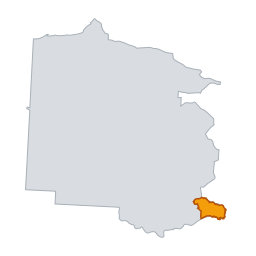 location of Al Radoum, Southern Darfur, Sudan, rotated 273°
{"feature_id": "16777658B70477888733853", "entity_name": "Al Radoum", "entity_type": "district", "adm_level": 2, "iso_a3": "SDN", "parent_name": "Sudan", "parent_adm1": "Southern Darfur", "projection": "natural_earth1", "projection_center": [24.105, 9.73], "detail": "fine", "context": "in_parent", "style": "filled", "palette": "amber", "viewbox_px": 256, "rotation_deg": 273, "n_neighbors": 0, "source": "geoboundaries", "source_scale": "gbopen_adm2", "svg_char_len": 7054}
<svg xmlns="http://www.w3.org/2000/svg" viewBox="0 0 256 256"><g transform="rotate(273 128 128)"><path d="M178.9,217.9L176.5,217.8L176.2,217.2L176.3,215.4L176.5,214.0L177.4,211.8L177.1,210.6L177.3,208.9L176.6,207.0L170.8,201.5L169.6,199.9L166.5,198.5L167.0,197.0L165.7,185.6L166.3,184.3L166.5,182.3L166.4,180.5L167.1,177.6L167.2,176.4L161.1,176.3L161.0,177.6L161.3,179.0L161.3,179.5L152.7,179.6L156.2,184.0L156.3,186.0L156.2,188.4L156.2,190.0L156.4,191.0L157.4,193.0L157.3,193.4L157.1,193.8L151.1,199.8L150.1,202.5L149.3,204.0L147.5,206.4L142.0,212.8L141.1,213.2L136.8,213.4L136.4,213.6L136.1,213.9L135.9,213.8L132.3,210.1L126.2,205.6L122.1,207.9L121.0,208.8L121.0,210.9L120.4,212.0L119.3,213.2L116.4,214.0L114.8,214.6L113.0,215.9L111.2,217.9L111.0,218.9L111.2,219.9L100.9,219.9L100.3,219.1L98.8,215.7L97.7,216.0L88.3,215.6L87.0,215.9L84.3,217.3L83.0,217.5L81.6,216.9L76.6,210.3L75.6,209.5L74.4,207.9L73.4,207.2L73.0,206.7L72.9,206.0L72.9,204.5L72.6,203.6L71.8,203.4L65.2,205.0L64.2,204.8L62.8,205.1L62.4,205.3L61.8,206.2L61.7,208.0L61.5,208.9L61.0,209.9L59.2,212.2L58.7,213.1L58.8,215.6L58.7,216.9L58.4,217.4L57.6,218.4L57.3,218.9L57.0,222.1L55.9,224.0L55.7,224.7L55.6,226.1L55.5,226.5L52.5,227.6L51.3,228.3L50.7,229.4L50.5,229.8L49.2,229.4L47.6,229.2L44.4,228.8L43.2,228.3L42.6,227.6L42.8,225.6L42.5,225.2L42.0,224.9L41.6,224.1L41.7,223.1L43.4,220.9L43.7,219.7L44.1,214.1L44.0,212.4L42.7,209.3L39.7,203.9L39.0,202.9L35.2,198.4L34.8,197.8L33.9,195.9L34.9,191.8L34.9,190.7L34.7,189.5L33.7,188.6L32.9,188.5L31.8,187.4L31.0,186.9L30.4,186.0L30.0,184.6L30.3,179.8L30.1,179.2L29.1,179.0L28.9,178.6L28.9,177.7L28.4,175.0L27.8,172.7L28.1,171.4L27.3,169.7L25.8,169.0L22.8,169.5L21.9,169.5L21.2,169.1L20.8,168.5L20.6,167.8L20.8,166.6L21.6,164.6L22.7,162.9L24.9,161.4L25.4,160.6L25.8,159.6L25.8,158.6L25.7,157.5L25.4,156.5L24.8,155.2L24.2,153.6L24.2,152.6L24.5,151.8L25.1,150.9L27.2,149.1L29.4,147.6L29.8,147.1L29.7,146.5L28.6,145.3L28.3,142.9L27.8,141.3L28.9,140.0L29.7,139.6L31.0,139.2L31.5,138.7L31.7,137.7L31.6,136.7L32.1,136.0L32.7,134.5L33.2,133.8L34.9,132.0L35.2,130.9L35.4,129.8L34.9,126.5L35.9,125.1L37.1,123.9L38.9,124.0L41.6,123.7L43.5,123.2L44.8,123.3L47.9,123.9L48.2,123.6L48.4,122.7L48.3,59.1L60.9,59.1L61.1,59.0L61.0,28.9L140.1,29.0L140.8,28.8L142.0,26.0L142.5,25.8L143.3,26.0L143.6,26.6L143.0,28.9L212.0,28.9L212.2,32.4L212.8,35.1L214.9,39.1L216.6,41.2L217.2,42.3L217.3,42.9L217.2,43.4L216.7,42.8L215.8,42.4L215.7,44.3L216.2,48.0L217.0,50.7L216.5,53.1L216.7,57.3L217.7,62.2L217.6,65.4L219.2,72.8L220.6,76.9L221.4,77.9L222.3,78.4L224.0,78.8L226.5,80.9L228.5,83.1L229.2,84.2L230.1,85.5L230.8,85.3L231.2,84.9L231.8,86.0L235.0,88.2L235.4,89.2L234.4,90.2L233.1,91.9L232.5,93.5L232.2,94.0L231.2,95.0L231.0,95.5L230.6,95.8L230.1,95.9L229.1,96.4L228.1,96.2L227.2,96.5L226.8,96.9L226.1,97.2L225.0,97.4L223.4,98.8L222.1,99.5L221.6,100.0L220.9,102.7L220.4,103.4L218.3,103.5L217.3,103.7L215.9,103.4L215.2,103.5L215.1,104.0L214.9,106.4L214.9,107.3L213.8,110.0L214.2,114.9L213.1,118.7L213.0,119.5L211.9,122.4L211.3,123.5L210.0,129.0L209.4,130.7L208.2,132.5L209.7,145.7L208.7,149.7L208.8,151.9L208.1,155.2L207.5,156.7L206.6,158.5L205.9,160.5L205.2,163.2L204.8,168.3L204.6,168.7L200.9,169.4L199.8,169.7L199.0,170.3L198.1,171.6L196.2,175.1L195.3,177.3L193.7,180.3L191.9,182.4L191.6,183.4L191.3,185.4L190.7,188.4L190.1,190.5L190.2,192.3L189.7,195.3L189.8,196.7L189.1,197.6L188.3,198.3L187.7,198.5L185.1,196.5L183.3,197.9L182.2,199.8L181.3,201.8L181.9,206.0L181.8,206.9L181.6,207.9L179.9,212.0L179.4,213.8L178.9,217.1L178.9,217.9Z" fill="#d9dde1" stroke="#a8b0b8" stroke-width="1"/><path d="M58.2,197.4L58.2,197.9L57.6,198.0L57.2,198.0L57.1,197.9L56.9,197.6L56.7,197.7L56.6,197.9L56.5,198.0L56.0,198.3L55.6,198.5L55.4,198.7L55.3,198.9L55.4,199.7L55.5,200.3L55.8,200.9L56.0,201.2L55.8,201.5L55.5,201.7L54.9,201.6L54.4,201.8L53.7,202.2L53.0,202.6L52.5,202.9L52.2,202.8L52.0,202.4L51.8,201.9L51.6,201.7L51.0,202.6L50.3,203.5L49.4,204.5L49.0,205.3L43.9,205.3L43.2,205.4L41.3,205.7L42.4,207.6L43.3,209.3L43.5,209.7L43.7,210.2L44.1,211.0L44.3,211.4L44.4,211.7L44.5,213.4L44.7,214.6L44.4,215.3L44.2,215.8L43.9,216.2L43.9,216.4L43.7,216.4L43.6,216.6L43.4,216.9L43.4,217.0L43.5,217.1L43.5,217.4L43.5,217.5L43.6,217.8L43.8,218.0L44.0,218.2L44.3,218.1L44.5,218.2L44.5,218.3L44.4,218.5L44.2,218.7L44.1,218.8L44.0,219.0L44.0,219.3L44.0,219.6L43.9,219.7L43.7,219.7L43.4,219.8L43.6,220.3L43.7,220.5L43.7,220.8L43.7,221.1L43.6,221.3L43.4,221.5L43.2,221.7L43.0,221.8L42.9,221.9L42.8,222.1L42.7,222.2L42.5,222.3L42.6,222.2L42.8,222.1L42.9,221.9L43.0,221.8L43.2,221.7L43.3,221.7L43.6,221.3L43.7,221.1L43.7,220.8L43.7,220.6L43.7,220.8L43.7,221.1L43.6,221.3L43.4,221.5L43.2,221.7L43.0,221.8L42.9,221.9L42.7,222.2L42.5,222.3L42.4,222.3L42.2,222.2L41.9,222.3L41.7,222.5L41.7,222.8L41.7,223.2L41.7,223.4L41.6,223.5L41.5,223.9L41.5,224.0L41.7,224.3L41.4,224.4L41.4,224.6L41.6,224.7L41.8,224.7L41.9,224.8L42.2,225.1L42.4,225.1L42.5,225.1L42.7,224.9L42.8,224.7L42.7,224.4L42.8,224.1L43.0,224.0L43.1,224.4L43.1,224.5L43.3,224.8L43.5,224.9L43.5,225.0L43.5,225.3L43.4,225.4L43.4,225.5L43.3,225.8L43.2,225.9L43.2,226.0L43.0,226.5L42.9,226.8L42.7,227.0L42.4,227.1L42.5,227.3L42.4,227.6L42.5,227.9L42.4,228.3L42.5,228.5L42.8,228.6L43.0,228.6L43.2,228.4L43.3,228.4L43.4,228.5L43.5,228.7L43.7,228.9L43.7,228.7L43.8,228.4L44.1,228.7L44.2,228.8L44.3,229.0L44.8,229.4L45.0,229.4L45.4,229.2L45.5,229.1L45.8,229.0L46.4,228.9L46.6,228.9L46.8,228.9L46.9,229.0L47.1,229.0L47.3,229.1L47.5,229.3L47.9,229.4L48.0,229.5L48.2,229.4L48.3,229.3L48.5,229.3L48.7,229.2L48.8,229.2L49.1,229.1L49.2,229.3L49.2,229.5L49.3,229.5L49.6,229.6L49.8,229.6L50.1,229.5L50.4,229.4L50.7,229.4L50.8,229.3L51.1,229.4L51.3,229.4L51.5,229.1L51.8,229.1L52.0,229.2L52.0,229.4L51.8,229.7L51.8,229.9L51.7,230.0L51.8,230.0L52.3,229.3L53.4,228.1L53.5,228.0L53.7,227.9L54.0,227.8L54.1,227.7L54.9,227.4L55.2,227.2L55.3,227.2L56.1,225.9L56.0,225.5L56.0,225.3L55.9,224.9L55.8,224.6L55.7,224.3L55.7,224.2L55.6,223.8L55.6,223.7L55.7,223.4L55.7,223.2L55.8,222.7L55.9,222.3L55.9,222.1L56.0,221.8L56.1,221.4L56.2,221.0L56.3,221.0L56.5,220.4L56.7,220.0L56.7,219.9L56.6,219.7L56.4,219.5L56.3,219.2L56.6,218.8L56.8,218.7L57.1,218.5L57.1,218.4L57.4,218.1L58.1,217.5L58.2,217.4L58.3,217.2L58.3,216.6L58.3,216.4L58.3,216.1L58.3,215.9L58.2,215.7L58.1,215.4L58.1,215.1L58.2,214.9L58.1,214.5L58.2,214.3L58.1,214.1L58.1,213.8L57.9,213.8L57.9,213.7L58.0,213.5L58.2,213.4L58.1,213.2L58.3,213.2L58.4,213.3L58.5,213.2L58.8,213.0L58.8,212.9L58.9,212.7L59.1,212.7L59.2,212.4L59.2,212.2L59.3,212.0L59.5,211.9L59.6,211.7L59.8,211.5L60.0,211.4L60.2,211.2L60.3,211.1L60.5,211.0L60.5,210.9L60.8,210.8L60.9,210.7L61.0,210.4L61.1,210.2L61.3,209.9L61.5,209.8L61.5,209.7L61.6,209.4L61.6,209.2L61.9,209.3L61.9,209.2L62.0,209.2L61.9,208.9L61.9,208.7L62.1,208.4L62.3,208.1L62.3,207.9L62.2,207.8L62.1,207.5L62.0,207.3L62.0,207.2L61.9,207.2L61.9,206.9L62.0,206.7L62.2,206.4L62.3,206.4L62.2,206.4L62.3,206.3L62.3,206.2L62.4,205.9L62.5,205.7L62.5,205.3L61.8,204.2L61.2,203.0L60.9,200.3L60.6,199.5L59.8,198.4L58.2,197.4Z" fill="#f59e0b" stroke="#b45309" stroke-width="1.5"/></g></svg>